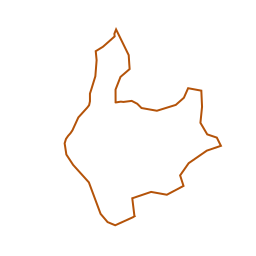 the District of Camenca, rotated 227°
{"feature_id": "MDA-1652", "entity_name": "Camenca", "entity_type": "District", "adm_level": 1, "iso_a3": "MDA", "parent_name": "Moldova", "parent_adm1": "", "projection": "mercator", "projection_center": [28.71, 47.999], "detail": "fine", "context": "isolated", "style": "outline", "palette": "amber", "viewbox_px": 256, "rotation_deg": 227, "n_neighbors": 0, "source": "natural_earth", "source_scale": "10m", "svg_char_len": 814}
<svg xmlns="http://www.w3.org/2000/svg" viewBox="0 0 256 256"><g transform="rotate(227 128 128)"><path d="M73.1,48.9L83.9,49.4L114.9,62.3L138.4,62.7L150.6,64.8L160.0,71.2L162.3,75.2L163.1,78.9L163.4,82.3L164.2,85.8L169.6,98.9L170.7,112.1L171.2,115.1L173.5,118.4L179.1,123.6L181.2,127.4L188.1,139.4L199.0,151.3L206.2,156.8L204.5,165.1L204.1,180.7L206.2,182.3L208.2,186.5L180.8,178.2L174.1,172.7L170.0,169.4L170.5,157.4L164.6,145.1L155.2,136.4L155.0,136.5L152.2,140.7L150.2,142.4L145.3,149.2L139.4,151.3L133.4,151.5L120.9,160.9L112.3,178.7L112.0,189.5L116.1,199.1L105.3,207.1L93.0,196.6L82.4,184.5L69.3,181.6L60.4,186.4L51.6,183.8L57.7,170.2L60.9,148.4L57.8,133.8L47.8,129.1L52.7,110.9L65.5,101.3L73.7,83.2L59.3,72.7L59.0,72.7L59.4,70.7L65.6,52.3L73.1,48.9Z" fill="none" stroke="#b45309" stroke-width="2"/></g></svg>